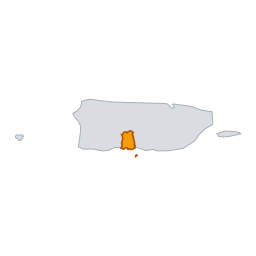 Ponce, Puerto Rico (highlighted)
{"feature_id": "32010507B29369551718499", "entity_name": "Ponce", "entity_type": "district", "adm_level": 2, "iso_a3": "PRI", "parent_name": "Puerto Rico", "parent_adm1": "", "projection": "orthographic", "projection_center": [-66.606, 18.028], "detail": "fine", "context": "in_parent", "style": "filled", "palette": "amber", "viewbox_px": 256, "rotation_deg": 0, "n_neighbors": 0, "source": "geoboundaries", "source_scale": "gbopen_adm2", "svg_char_len": 3955}
<svg xmlns="http://www.w3.org/2000/svg" viewBox="0 0 256 256"><path d="M169.4,106.2L172.1,108.0L174.6,107.7L172.5,104.1L174.4,104.1L190.8,106.3L201.3,110.0L212.1,111.8L212.8,124.2L204.5,129.3L199.1,134.5L194.7,140.9L183.1,148.4L169.0,150.7L159.7,150.9L156.2,150.7L152.8,149.4L145.7,150.6L137.0,147.4L129.5,148.2L114.7,147.4L109.1,150.2L103.8,150.9L98.5,150.3L94.1,149.1L83.1,149.1L78.4,146.7L80.4,132.5L80.6,126.0L77.9,120.7L75.0,117.4L72.8,113.4L77.2,110.8L80.7,107.0L81.8,101.4L85.7,100.0L90.3,99.3L111.3,102.0L164.4,103.5L167.4,103.9L169.4,106.2ZM229.5,136.4L222.8,137.0L218.5,136.3L217.0,133.6L225.1,131.1L234.5,131.4L240.0,132.9L240.6,133.9L229.5,136.4ZM20.8,140.5L20.0,140.5L19.2,140.5L18.9,140.2L18.3,139.4L15.9,138.0L15.4,136.8L15.9,135.5L16.9,135.0L21.9,134.9L22.4,135.0L23.3,135.9L23.4,136.5L22.9,137.2L22.0,138.7L21.6,139.1L21.3,139.5L21.2,140.2L20.8,140.5Z" fill="#d9dde1" stroke="#a8b0b8" stroke-width="1"/><path d="M123.4,132.5L123.2,133.0L123.1,133.6L123.0,134.0L122.8,134.3L122.8,134.5L122.6,134.5L122.2,134.4L121.7,134.5L121.4,134.5L121.5,134.9L121.8,135.1L122.2,135.6L122.2,135.8L122.2,136.2L122.4,136.6L122.6,136.8L122.7,137.1L122.6,137.4L122.6,137.7L122.8,138.1L122.7,138.2L122.7,138.6L122.5,138.8L122.5,139.3L122.5,139.5L122.6,139.8L122.5,140.0L122.4,140.3L122.2,140.4L122.2,140.5L122.1,140.9L122.0,141.3L121.9,141.5L122.1,142.0L121.8,142.4L121.7,142.6L121.7,143.0L121.7,143.3L121.8,143.5L121.7,143.5L121.8,143.7L122.0,144.3L122.0,144.7L122.0,144.8L121.8,145.0L121.9,145.3L121.8,145.6L121.7,145.9L121.7,146.0L121.9,146.4L121.8,146.5L121.7,146.7L121.8,146.7L121.9,146.8L122.0,147.0L121.8,147.3L121.5,147.4L121.5,147.6L121.4,147.7L121.0,147.9L120.9,148.2L121.4,148.4L122.0,148.6L122.3,148.6L122.5,148.6L122.8,148.8L123.2,149.2L123.7,149.1L123.8,149.0L124.0,149.0L124.0,148.9L124.2,148.7L124.6,148.3L125.1,148.1L125.7,147.9L126.1,147.8L126.3,147.8L126.5,147.8L126.9,147.8L127.0,147.8L127.3,147.9L127.5,147.9L127.8,148.2L127.9,148.6L127.9,148.8L127.6,149.1L127.9,149.3L128.0,149.3L128.3,149.5L128.6,149.4L128.7,149.1L128.8,149.0L129.2,149.0L129.3,149.0L129.5,149.0L129.8,148.9L130.1,149.0L130.3,149.0L130.6,149.2L130.8,149.6L131.2,149.6L131.5,149.5L131.6,149.4L132.0,149.2L132.4,149.2L132.9,149.1L133.3,148.7L133.8,148.5L134.0,148.5L134.3,148.6L134.5,148.5L134.4,148.4L134.6,148.3L134.7,148.2L134.5,147.9L134.5,147.7L134.5,147.4L134.4,147.1L134.5,146.7L134.9,146.9L134.9,146.7L134.8,146.4L135.0,146.4L135.1,146.2L135.3,146.1L135.3,145.9L135.1,145.8L135.1,145.7L134.9,145.5L134.9,145.2L134.7,145.0L134.8,144.7L134.7,144.3L134.6,144.2L134.4,144.2L134.6,143.9L134.3,143.4L134.5,143.0L134.7,142.8L134.7,142.6L134.3,142.2L134.2,141.7L134.0,141.4L134.2,141.0L134.1,140.8L134.0,140.6L134.0,140.3L134.0,140.0L134.0,139.9L133.7,139.7L133.6,139.4L133.7,139.1L133.5,138.9L133.2,138.6L133.2,138.4L133.3,138.3L133.3,138.1L133.4,137.9L133.7,137.8L133.7,137.6L133.7,137.4L133.6,137.2L133.4,136.9L133.3,136.7L133.2,136.5L133.2,136.3L133.2,136.1L133.1,135.8L132.9,135.9L132.6,135.9L132.6,135.6L132.6,135.2L132.4,135.0L132.3,134.6L132.5,134.4L132.5,133.9L132.4,133.8L132.4,133.7L132.5,133.4L132.6,133.2L132.9,133.1L133.3,132.9L133.4,132.7L133.0,132.5L132.8,132.4L132.7,132.3L132.7,132.1L132.4,132.0L132.2,132.0L132.1,131.7L131.9,131.5L131.7,131.3L131.5,131.1L131.3,131.1L131.1,131.2L130.7,131.1L130.3,131.0L130.2,130.8L129.9,130.9L129.7,130.8L129.5,131.0L129.4,131.2L129.2,131.4L128.7,131.5L128.4,131.8L128.1,132.0L127.9,132.0L127.6,132.0L127.3,132.2L127.2,132.1L126.9,132.0L126.8,132.3L126.6,132.4L126.7,132.5L126.7,132.8L126.4,132.6L126.1,132.5L126.0,132.4L125.9,132.3L125.7,132.1L125.4,132.1L125.2,132.0L124.8,131.9L124.7,132.0L124.2,132.1L124.0,132.3L123.9,132.4L123.4,132.6L123.4,132.5ZM135.4,156.6L135.5,156.7L135.8,156.3L136.0,156.1L136.3,155.9L136.6,155.9L136.7,155.7L136.8,155.5L137.0,155.4L137.1,155.2L136.7,154.9L136.4,155.2L136.0,155.3L135.9,155.5L135.7,155.7L135.5,156.3L135.4,156.6Z" fill="#f59e0b" stroke="#b45309" stroke-width="1.5"/></svg>